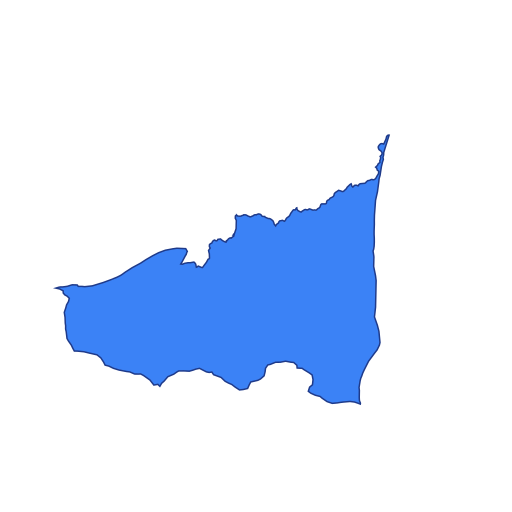 Pek, Xiangkhoang, Laos (Robinson projection), rotated 28°
{"feature_id": "54806243B64426060368946", "entity_name": "Pek", "entity_type": "district", "adm_level": 2, "iso_a3": "LAO", "parent_name": "Laos", "parent_adm1": "Xiangkhoang", "projection": "robinson", "projection_center": [103.256, 19.601], "detail": "fine", "context": "isolated", "style": "filled", "palette": "blue", "viewbox_px": 512, "rotation_deg": 28, "n_neighbors": 0, "source": "geoboundaries", "source_scale": "gbopen_adm2", "svg_char_len": 6105}
<svg xmlns="http://www.w3.org/2000/svg" viewBox="0 0 512 512"><g transform="rotate(28 256 256)"><path d="M316.8,86.8L315.9,87.2L315.4,88.3L315.2,89.1L315.9,91.8L316.2,97.2L314.8,97.5L313.9,97.9L313.4,98.4L313.0,99.2L312.8,100.0L312.6,101.5L312.7,102.4L313.3,103.2L314.6,104.3L315.6,104.5L316.9,104.6L318.7,105.5L319.1,106.1L319.4,107.2L319.4,108.2L318.8,109.7L319.3,110.0L319.9,110.7L320.5,112.4L320.5,113.5L320.8,114.1L321.3,114.8L321.5,115.2L321.3,115.8L320.9,116.5L320.6,117.3L320.7,118.9L320.6,119.5L320.3,120.1L320.1,120.9L319.9,121.4L321.3,121.8L323.0,123.4L324.2,123.4L324.7,123.6L325.5,126.1L325.3,128.4L325.3,130.0L325.3,130.9L325.1,131.8L324.7,132.8L324.2,133.3L323.5,133.8L322.5,133.9L321.9,134.3L320.9,135.7L320.3,136.3L319.4,136.9L318.6,138.7L318.5,139.6L318.2,140.3L317.8,140.8L315.8,142.1L314.0,143.3L313.6,144.0L313.3,144.8L313.3,145.3L313.4,145.9L313.1,146.2L312.3,146.2L311.6,146.3L310.1,147.1L309.7,147.6L309.4,149.2L309.0,149.7L307.9,149.3L307.3,148.8L306.8,148.2L306.1,147.6L305.4,148.8L304.2,152.5L304.2,153.9L304.1,154.5L303.8,155.1L303.2,157.1L302.6,158.2L301.6,158.7L300.7,158.7L298.1,159.2L297.5,160.4L297.0,161.4L296.6,162.0L296.2,162.9L296.0,163.6L295.9,164.3L296.4,166.0L296.3,167.1L295.8,168.1L294.4,170.0L294.2,170.6L294.1,171.7L293.9,172.2L293.4,172.7L293.2,173.0L292.9,173.6L292.8,174.3L292.9,175.0L293.4,176.2L293.3,176.7L293.1,177.2L292.1,177.8L289.8,179.0L289.4,179.3L289.1,180.2L289.3,181.4L289.5,182.9L289.3,183.7L288.3,185.3L287.9,186.6L287.7,187.0L287.4,187.4L286.3,187.7L285.8,188.0L285.3,188.4L284.6,188.8L282.1,189.1L281.5,189.2L280.9,189.4L280.1,190.8L279.6,191.2L278.9,191.5L278.0,191.6L277.0,192.4L276.3,193.8L275.8,194.4L275.4,195.6L275.2,196.0L274.3,196.2L271.7,196.2L270.8,195.8L270.0,195.2L269.4,194.3L269.2,194.5L269.0,195.3L269.1,196.1L269.0,196.8L268.5,197.1L267.8,197.4L267.4,197.7L267.2,198.2L266.9,200.4L266.7,201.5L266.6,202.2L266.7,202.8L266.7,204.4L266.5,205.5L265.3,208.0L265.1,209.1L265.2,210.2L264.9,211.9L263.6,212.1L262.8,212.0L262.2,212.4L261.6,213.0L260.5,213.8L260.2,214.7L260.2,215.6L260.3,216.6L259.5,217.9L259.2,219.2L259.2,220.2L257.2,219.4L255.7,217.9L254.3,216.9L251.9,216.5L251.2,216.5L250.3,216.6L249.1,217.2L247.3,217.3L246.0,217.5L245.2,217.0L244.0,217.6L243.0,218.0L242.4,217.9L240.9,217.2L239.9,217.2L238.6,217.6L237.5,218.6L237.0,219.5L236.2,219.8L235.1,220.6L234.9,221.3L234.4,222.0L234.2,222.4L233.7,222.8L233.1,223.7L232.6,224.1L232.0,224.3L231.0,224.3L230.5,224.5L229.2,224.4L228.6,224.5L228.0,224.4L227.4,224.7L227.0,224.7L226.2,225.3L225.8,225.4L225.7,225.9L225.3,226.3L224.7,226.8L224.3,227.5L223.1,228.5L222.2,228.8L221.7,229.1L221.3,229.3L220.8,229.3L220.3,229.1L219.5,228.9L219.6,229.2L219.3,229.6L219.1,229.9L219.0,230.2L219.1,230.7L219.3,230.9L219.6,231.0L219.6,231.7L219.8,231.9L220.0,232.2L220.0,232.4L221.9,233.8L225.6,241.2L226.4,246.0L226.3,246.7L226.5,246.9L226.5,247.0L226.3,247.0L226.0,247.2L226.0,247.4L226.4,247.5L226.2,247.9L226.1,248.2L226.4,248.1L226.7,248.2L226.8,248.4L227.0,248.5L227.0,249.0L226.9,249.3L226.7,249.5L226.2,250.6L226.2,250.8L226.0,251.2L225.8,251.4L225.8,251.6L225.6,251.6L225.4,251.9L225.2,251.9L224.7,252.1L224.7,252.4L224.4,252.6L224.0,253.1L223.6,253.9L223.4,255.3L223.2,255.6L223.1,256.0L222.7,256.3L222.7,256.6L223.1,256.9L223.1,257.1L223.0,257.9L220.7,258.2L218.2,258.0L216.7,257.6L214.5,259.2L214.5,260.2L214.3,260.9L213.7,261.3L213.3,261.4L212.0,261.3L211.6,261.9L211.1,262.3L210.8,264.0L210.9,265.3L210.0,266.5L209.7,267.3L209.6,268.0L210.5,269.7L211.8,270.5L211.5,273.4L213.4,275.6L213.6,275.7L216.0,279.8L215.9,280.3L215.6,281.0L215.2,281.4L215.2,284.4L215.0,286.1L214.7,287.7L214.2,291.3L213.1,291.7L209.7,292.0L209.3,293.1L208.6,293.9L206.6,291.5L205.6,291.0L205.3,290.8L204.3,290.5L203.9,290.6L201.1,292.8L199.1,293.9L196.4,296.0L195.0,297.7L194.6,298.0L194.0,298.1L193.3,298.4L193.3,297.7L193.5,297.1L193.5,288.1L193.7,287.7L193.2,285.3L193.2,284.2L190.5,282.5L182.5,286.3L179.2,288.7L173.2,293.5L168.4,298.9L164.7,304.2L160.6,310.8L157.4,316.6L152.2,324.4L148.3,331.3L146.5,335.0L145.5,336.8L143.3,339.9L138.6,345.5L133.5,351.2L125.5,359.2L119.2,363.5L116.5,364.6L114.8,365.5L113.3,366.3L111.9,365.5L110.7,366.0L107.3,367.7L106.3,368.6L103.8,371.2L102.2,372.4L99.8,374.1L97.9,375.1L96.6,376.1L95.6,377.1L94.4,378.3L98.1,377.3L102.1,377.3L103.2,379.2L105.4,380.1L107.9,380.1L111.0,381.0L111.8,384.2L111.7,388.1L112.4,391.1L113.2,395.8L116.2,399.8L119.1,404.8L120.7,407.0L122.2,409.9L124.0,412.0L127.9,417.6L130.3,419.1L134.8,421.4L137.6,423.5L140.2,425.2L143.0,423.8L149.1,421.3L153.5,420.2L162.0,417.9L166.8,418.8L171.2,421.2L174.0,423.2L177.7,422.3L182.9,422.1L188.6,421.0L196.1,418.7L198.9,417.6L204.2,417.2L207.9,415.3L209.5,414.3L212.8,414.3L220.6,415.3L226.4,417.9L229.6,415.4L232.3,416.2L232.4,412.8L233.6,409.6L234.8,404.0L238.9,398.9L240.5,395.7L241.7,393.8L246.1,391.4L251.2,389.0L253.8,386.5L256.0,384.1L258.9,381.7L266.6,381.6L269.3,380.8L271.5,379.2L274.3,380.7L282.2,379.6L287.5,381.1L291.4,381.1L295.0,380.8L298.9,381.5L304.3,382.0L307.4,379.9L310.8,376.9L310.5,372.9L310.5,369.7L316.0,364.9L317.7,362.5L319.4,358.0L318.4,354.0L317.1,350.6L317.6,346.6L319.5,345.0L323.1,340.7L327.4,338.3L331.5,335.0L336.6,333.4L339.3,332.3L343.4,333.3L344.9,335.6L349.5,333.5L351.2,333.8L358.0,334.2L361.4,334.7L364.4,338.4L366.3,343.2L364.9,346.6L365.7,350.9L368.8,351.4L373.7,351.1L378.6,349.9L381.0,350.5L387.1,351.2L392.5,350.3L396.8,347.5L398.9,345.9L401.3,344.2L407.3,340.3L411.5,338.7L415.1,338.1L417.6,337.8L417.3,336.9L415.3,335.2L414.5,334.0L413.5,332.3L410.4,326.2L408.7,323.7L406.5,317.2L405.9,314.7L405.7,312.3L405.2,309.3L405.0,305.5L404.8,296.0L406.3,286.0L407.0,282.1L406.8,276.8L406.1,274.2L399.9,264.8L395.7,260.2L389.2,254.2L385.6,245.1L373.6,221.3L370.8,217.3L364.8,210.0L360.6,201.6L359.8,200.4L357.0,196.6L356.7,194.7L355.7,191.9L354.0,188.3L352.0,184.6L350.2,181.6L348.6,178.6L345.7,172.6L343.6,168.7L341.4,164.3L339.6,160.2L335.4,150.7L333.1,142.3L329.6,132.9L328.4,129.9L327.7,126.6L324.7,118.0L323.6,113.7L323.1,110.9L321.7,109.1L321.5,107.7L321.1,106.5L320.2,104.7L316.8,86.8Z" fill="#3b82f6" stroke="#1e3a8a" stroke-width="1.5"/></g></svg>